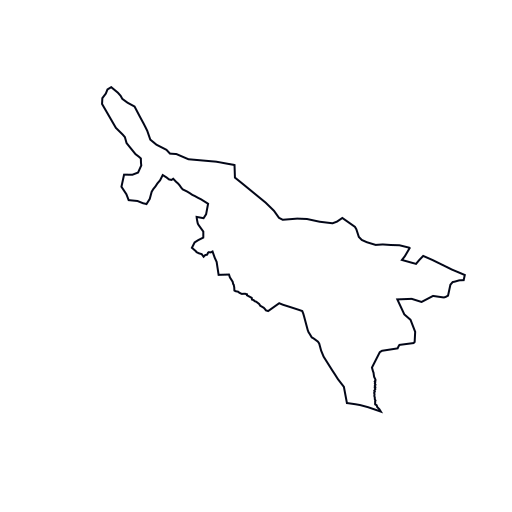 outline of Rimi, Katsina, Nigeria, rotated 292°
{"feature_id": "59680162B87154562016330", "entity_name": "Rimi", "entity_type": "district", "adm_level": 2, "iso_a3": "NGA", "parent_name": "Nigeria", "parent_adm1": "Katsina", "projection": "equal_earth", "projection_center": [7.703, 12.89], "detail": "fine", "context": "isolated", "style": "outline", "palette": "ink", "viewbox_px": 512, "rotation_deg": 292, "n_neighbors": 0, "source": "geoboundaries", "source_scale": "gbopen_adm2", "svg_char_len": 3258}
<svg xmlns="http://www.w3.org/2000/svg" viewBox="0 0 512 512"><g transform="rotate(292 256 256)"><path d="M158.5,430.0L160.2,427.7L161.3,425.1L162.8,423.8L163.0,423.1L162.9,422.5L163.3,421.9L164.4,421.5L165.6,421.1L166.0,420.8L166.8,420.9L167.6,419.9L168.2,419.6L169.2,419.2L170.6,418.1L171.5,417.9L172.4,417.6L173.2,416.9L174.0,416.7L174.7,417.0L175.5,416.1L176.2,416.3L177.2,416.5L177.8,416.1L178.3,415.4L178.8,415.3L179.2,415.7L180.0,414.8L181.0,414.7L181.4,415.0L181.9,414.5L182.2,414.0L183.0,413.9L183.4,413.9L183.9,413.2L184.6,413.5L184.9,413.2L185.3,413.4L186.2,413.0L188.2,410.8L189.5,410.0L190.7,409.3L191.8,408.7L193.0,407.6L196.0,405.3L213.2,406.8L215.3,408.3L223.4,421.9L225.6,422.0L227.3,422.3L234.3,434.7L235.7,435.3L245.3,432.0L254.7,423.2L257.4,415.4L268.7,403.3L274.6,416.4L275.4,426.7L285.3,435.1L287.7,444.9L288.0,445.8L289.1,447.2L291.2,448.9L302.2,447.0L305.5,448.1L306.7,449.9L309.6,453.6L311.4,457.6L316.6,456.7L316.8,442.8L318.4,421.2L318.7,411.0L313.5,408.9L308.6,407.3L307.0,392.8L311.6,394.1L320.9,395.5L321.1,394.9L319.7,385.0L316.6,376.6L314.2,369.2L311.1,362.8L310.3,353.6L310.5,348.1L312.2,344.2L318.4,339.0L320.1,336.8L323.6,321.8L318.2,318.2L315.0,314.7L311.6,302.1L309.4,289.4L308.0,285.5L306.1,280.2L302.2,272.4L299.6,267.2L300.0,263.0L304.6,255.8L309.1,244.9L318.2,215.7L320.8,207.1L332.3,202.0L328.5,183.6L327.1,179.1L320.4,157.1L320.7,144.0L318.7,137.9L320.9,133.2L321.3,128.8L321.9,122.0L324.3,114.4L331.3,108.3L333.8,105.5L336.5,102.4L341.8,96.0L349.1,87.4L350.0,79.5L351.6,73.2L353.8,70.5L355.7,66.7L357.1,62.3L358.3,58.5L354.8,55.9L350.3,55.9L344.8,54.4L339.3,56.3L322.3,78.1L318.6,87.0L317.1,89.9L312.2,93.7L305.3,106.1L304.2,110.2L303.3,112.7L300.8,113.8L299.2,114.5L297.0,115.7L289.2,115.4L285.0,110.9L282.0,103.2L269.8,105.3L264.7,112.7L260.1,117.0L262.6,125.5L262.6,131.6L263.0,133.9L263.1,135.0L269.1,136.1L276.5,135.2L279.6,135.7L282.8,136.7L286.4,137.4L290.2,138.7L296.1,139.2L295.3,143.7L294.4,146.7L294.9,149.2L296.6,150.3L294.9,154.0L294.0,156.6L292.8,158.9L292.3,159.6L291.2,161.3L290.3,163.1L290.0,167.7L289.5,170.9L288.8,174.1L288.7,176.7L288.2,180.6L288.0,183.6L286.5,192.0L276.0,194.1L271.4,193.2L270.0,186.3L268.7,187.0L266.6,188.3L265.4,189.1L264.5,189.7L263.7,190.5L263.0,191.5L262.2,192.8L261.1,194.5L258.9,198.0L254.2,199.9L253.3,200.2L249.1,196.5L245.6,194.0L239.6,193.5L237.9,198.5L237.3,199.4L237.2,201.0L237.1,201.8L237.3,204.1L237.4,204.9L235.7,207.7L237.9,208.6L238.8,210.1L240.0,210.3L241.1,210.3L241.8,210.7L242.4,212.7L243.9,214.0L238.9,218.4L235.8,221.7L224.5,228.4L228.7,237.9L226.4,239.8L223.4,244.0L221.5,245.3L221.0,246.1L218.7,247.6L215.9,248.9L215.7,250.2L216.2,252.8L215.7,254.3L215.5,256.9L216.9,260.0L217.1,262.0L216.2,262.3L215.6,267.7L214.1,268.6L214.2,270.4L213.6,271.6L213.7,273.1L213.4,274.4L212.7,276.9L211.4,278.7L211.4,279.3L210.9,282.6L210.1,284.3L209.3,285.5L209.5,287.9L220.9,295.2L220.9,299.4L221.5,307.0L222.1,315.6L222.3,319.5L220.3,321.4L218.0,323.2L206.7,331.7L204.9,333.4L204.2,334.5L201.4,338.2L201.2,340.0L200.9,341.3L200.5,342.8L199.8,345.5L198.5,347.4L192.7,351.8L188.0,356.4L178.7,369.3L175.8,373.5L172.5,378.1L167.6,386.5L153.7,395.4L154.1,396.8L155.8,403.7L156.8,408.4L157.8,416.6L158.5,430.0Z" fill="none" stroke="#020617" stroke-width="2"/></g></svg>